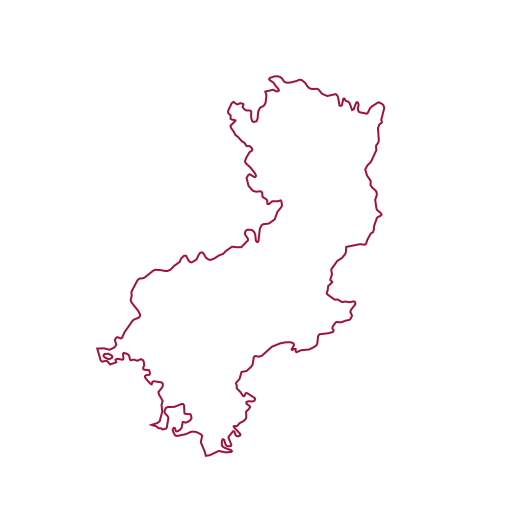 Mordovia, Albers equal-area conic projection, rotated 308°
{"feature_id": "RUS-2372", "entity_name": "Mordovia", "entity_type": "Republic", "adm_level": 1, "iso_a3": "RUS", "parent_name": "Russia", "parent_adm1": "", "projection": "albers", "projection_center": [44.161, 54.419], "detail": "fine", "context": "isolated", "style": "outline", "palette": "rose", "viewbox_px": 512, "rotation_deg": 308, "n_neighbors": 0, "source": "natural_earth", "source_scale": "10m", "svg_char_len": 6034}
<svg xmlns="http://www.w3.org/2000/svg" viewBox="0 0 512 512"><g transform="rotate(308 256 256)"><path d="M165.8,320.4L159.4,319.3L155.8,316.0L148.9,318.7L143.9,318.4L143.1,318.8L142.5,320.2L139.8,322.4L139.2,327.5L137.8,331.8L138.0,332.8L138.4,333.0L141.7,332.4L142.5,333.5L143.3,342.3L143.0,343.1L141.6,343.8L140.2,343.6L138.9,342.4L136.9,339.4L135.0,338.3L133.7,339.4L133.8,343.6L133.4,344.3L131.2,344.6L127.2,344.0L123.0,347.6L121.0,348.2L118.1,347.8L114.3,346.0L110.5,345.8L108.3,343.3L107.7,343.5L107.4,344.8L106.1,352.9L105.1,354.0L103.1,353.2L102.1,351.5L102.4,350.0L104.4,346.9L103.7,345.8L96.7,345.7L95.9,346.1L92.0,352.9L90.7,353.1L88.9,351.2L88.3,349.5L89.1,347.4L91.4,344.4L91.5,343.0L91.0,342.5L89.0,343.2L85.9,345.5L85.3,346.8L85.5,349.3L87.7,356.0L87.2,357.3L86.4,357.1L82.6,353.1L79.8,347.3L79.0,346.4L70.5,342.2L67.7,339.5L70.4,335.8L74.8,328.0L75.7,326.9L81.2,324.3L81.6,322.4L80.5,317.2L78.8,314.4L77.2,312.9L72.4,310.4L65.6,304.6L64.8,302.8L66.6,298.7L67.9,297.2L70.0,297.0L70.4,298.2L68.7,300.6L68.9,301.4L69.6,302.2L72.2,303.1L74.7,303.2L80.0,300.5L80.8,301.4L81.2,303.0L83.3,304.4L86.0,305.3L88.4,305.1L90.4,303.0L90.9,301.7L88.4,298.0L88.0,297.0L88.1,296.3L94.0,291.3L94.4,289.6L93.6,288.5L86.9,284.6L82.7,279.5L80.7,278.5L77.7,279.3L76.5,280.2L75.9,281.7L75.4,285.1L74.4,286.7L65.9,291.3L64.7,291.4L61.8,289.3L61.8,287.3L60.3,285.3L60.4,282.4L58.6,277.7L63.7,281.1L66.6,281.8L75.7,277.9L80.4,273.3L84.4,271.6L87.1,264.8L88.7,262.9L94.7,262.9L96.3,262.5L97.8,261.5L98.3,259.5L94.3,252.4L93.0,251.9L90.6,252.8L90.4,252.3L90.4,250.5L91.7,244.3L92.2,243.0L93.0,242.5L94.4,242.7L96.9,245.2L98.0,244.8L99.3,243.5L100.1,242.2L100.0,241.5L97.9,238.5L97.4,236.9L98.3,236.0L101.2,235.1L103.6,232.6L104.3,231.2L103.9,228.8L100.4,227.0L99.1,223.4L96.7,221.5L97.0,220.1L99.0,217.9L99.7,216.1L99.3,214.0L98.2,211.4L97.1,211.4L93.3,214.9L92.7,214.9L91.9,214.5L90.1,210.7L89.1,209.6L87.6,209.2L86.2,211.3L80.7,207.8L81.5,203.6L80.9,202.2L78.1,200.0L78.1,197.9L85.3,187.9L89.7,193.1L91.9,198.2L95.7,200.3L97.8,200.8L100.2,200.4L102.7,196.7L104.6,196.1L106.4,196.5L107.0,197.2L107.4,199.2L108.0,200.4L108.9,200.8L115.1,199.3L128.9,198.6L130.6,198.9L135.5,201.7L137.5,201.5L138.7,200.4L140.3,196.7L142.2,188.6L143.2,185.6L144.2,184.3L148.2,182.5L150.6,180.2L152.3,179.6L164.2,177.5L166.7,178.2L168.6,180.4L170.4,181.5L181.1,184.0L183.0,185.0L186.1,189.4L188.4,193.9L189.7,195.5L192.8,197.1L197.7,197.5L204.2,199.5L208.1,198.5L211.9,199.1L213.1,200.7L210.6,206.6L211.0,208.8L211.7,209.4L216.6,211.3L221.0,210.2L224.1,210.0L225.6,211.2L225.7,212.9L223.8,217.6L224.0,220.8L224.9,222.6L228.2,224.6L233.8,226.5L237.2,228.7L241.5,229.2L248.6,231.4L251.4,235.9L253.9,239.0L263.5,240.0L264.6,239.0L266.2,234.2L266.8,233.4L269.3,232.4L271.1,232.8L273.4,235.7L273.9,237.2L273.9,238.9L273.4,240.6L272.2,242.4L268.0,246.5L267.6,247.9L268.0,248.7L269.2,248.8L279.9,242.2L283.8,241.5L285.6,242.2L288.9,245.6L290.3,246.4L296.4,248.2L303.9,245.7L310.3,245.8L312.2,245.1L314.6,242.4L315.0,241.2L312.6,239.5L309.1,235.1L304.8,234.2L304.1,232.9L306.7,230.5L307.0,228.7L306.6,224.7L309.4,222.3L310.0,220.6L309.4,219.2L306.9,216.8L305.6,213.9L305.6,212.4L306.7,206.9L311.7,200.5L314.9,200.1L316.6,200.7L317.1,206.0L317.5,206.6L318.8,206.8L319.8,205.9L320.7,203.6L322.3,197.1L322.7,191.7L323.4,189.5L323.9,189.0L327.6,187.8L333.8,187.0L336.8,188.0L338.0,187.1L338.6,185.4L338.7,183.3L337.0,181.3L336.9,180.5L338.1,177.3L337.7,174.1L338.7,168.9L338.7,165.3L340.2,162.0L341.6,157.4L343.0,155.7L349.9,156.6L350.2,156.1L348.6,152.8L348.4,151.5L351.1,149.5L351.5,146.4L352.0,145.4L353.8,144.5L361.4,142.8L363.6,143.4L363.7,147.1L364.1,148.1L366.8,149.6L368.0,152.2L367.7,152.9L365.1,153.7L364.4,156.6L364.7,158.8L366.9,161.6L367.0,163.2L361.8,167.2L360.0,169.9L360.1,171.6L362.4,173.4L365.2,172.7L371.0,168.9L375.3,167.9L378.2,169.3L380.4,169.7L382.8,169.1L389.0,165.3L391.3,162.1L397.7,167.3L398.0,170.2L399.3,171.8L400.5,172.2L401.4,170.7L402.3,166.1L403.4,163.0L403.0,158.8L403.4,157.4L405.0,157.4L408.7,159.8L410.8,162.1L411.9,164.7L411.9,167.0L410.7,171.0L411.3,173.2L413.3,175.8L418.7,180.1L421.5,181.6L422.5,183.0L422.8,184.2L422.7,188.1L421.3,192.3L421.1,194.5L421.6,196.5L422.7,198.2L425.4,201.2L425.7,202.8L424.6,207.5L424.8,209.6L426.0,213.7L432.6,219.1L432.5,221.2L431.7,222.8L425.9,229.3L426.8,230.6L427.8,230.8L433.7,228.0L434.5,228.8L433.7,230.5L433.6,231.5L434.3,233.5L434.2,235.4L430.2,241.9L431.8,242.7L438.3,240.6L439.5,241.0L439.5,241.8L438.9,243.1L437.8,244.1L435.1,245.3L433.6,246.9L433.0,248.2L433.3,249.6L436.3,255.6L437.0,256.0L442.7,254.9L445.5,255.3L452.5,257.8L453.3,260.6L453.4,262.7L453.1,263.8L451.5,266.0L440.3,270.9L439.1,272.7L438.3,273.0L435.7,272.2L431.8,273.4L422.6,281.7L420.3,282.6L416.8,282.7L413.4,285.7L400.9,288.6L396.0,288.0L391.4,288.8L387.8,293.9L385.8,300.1L382.3,302.7L381.4,305.4L381.2,310.2L379.9,312.5L377.9,313.9L373.7,315.3L368.2,321.0L366.8,322.9L366.6,328.2L365.9,329.5L364.4,329.4L361.4,327.9L359.9,328.0L351.6,330.9L349.5,332.6L346.8,333.5L344.3,332.6L337.6,333.7L333.2,335.2L331.7,334.6L329.4,330.7L318.7,321.5L314.3,324.5L312.1,325.1L307.2,324.9L302.3,323.1L292.1,323.5L291.1,324.1L288.4,327.1L282.9,329.2L282.6,331.7L282.1,332.2L276.7,331.4L273.1,333.6L270.8,334.3L269.9,335.0L269.7,336.1L270.0,344.7L272.0,347.2L272.7,352.3L275.2,354.5L277.2,358.3L280.1,360.6L280.7,361.9L280.6,362.7L279.0,364.0L271.9,364.0L270.0,364.8L268.1,368.4L264.8,369.2L262.9,368.8L260.0,366.2L257.0,364.5L255.5,363.1L253.5,360.0L252.6,359.7L247.5,359.9L246.0,360.8L245.1,363.1L243.5,363.4L240.0,360.9L233.4,354.2L231.0,354.3L224.6,358.3L222.8,358.6L219.7,357.7L215.0,355.4L209.5,349.5L205.1,347.2L205.1,346.4L205.4,345.8L207.1,344.5L206.3,343.4L204.2,342.3L204.3,341.6L209.3,340.7L210.1,339.5L210.1,338.7L209.7,337.2L208.1,334.7L205.5,331.8L201.8,328.7L194.3,324.4L180.9,322.0L178.5,320.3L176.6,316.9L174.8,316.6L168.3,320.2L165.8,320.4ZM87.3,205.2L88.3,204.7L88.7,203.7L88.1,199.8L85.6,197.1L84.1,196.9L83.1,197.8L83.0,199.5L83.7,202.7L84.6,204.1L87.3,205.2Z" fill="none" stroke="#9f1239" stroke-width="2"/></g></svg>